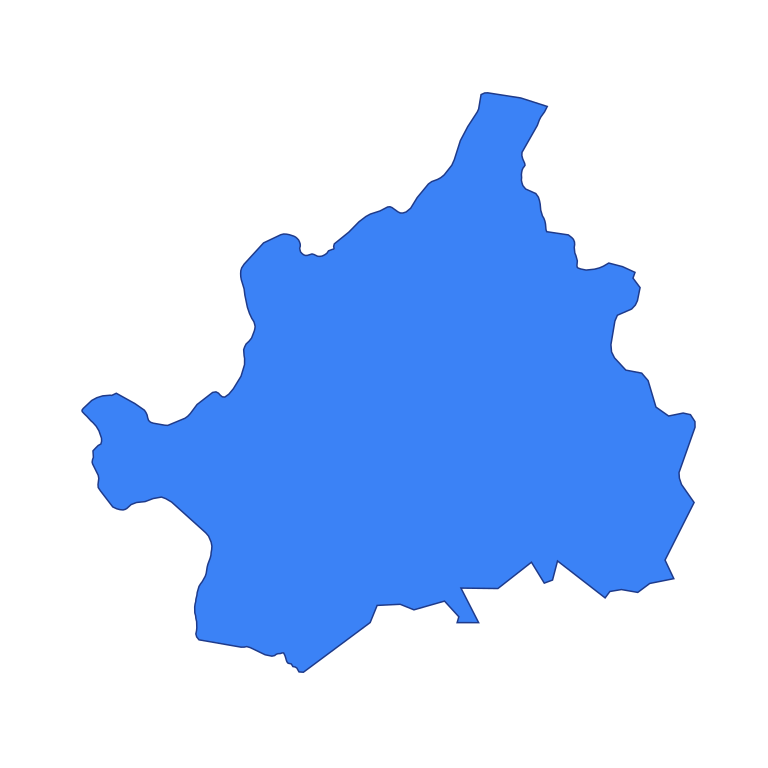 an SVG outline of Albacete, rotated 172°
{"feature_id": "ESP-5802", "entity_name": "Albacete", "entity_type": "Autonomous Community", "adm_level": 1, "iso_a3": "ESP", "parent_name": "Spain", "parent_adm1": "", "projection": "mercator", "projection_center": [-1.774, 38.723], "detail": "fine", "context": "isolated", "style": "filled", "palette": "blue", "viewbox_px": 768, "rotation_deg": 172, "n_neighbors": 0, "source": "natural_earth", "source_scale": "10m", "svg_char_len": 3826}
<svg xmlns="http://www.w3.org/2000/svg" viewBox="0 0 768 768"><g transform="rotate(172 384 384)"><path d="M650.4,412.1L633.3,399.2L624.9,391.4L623.7,388.9L622.9,386.3L622.7,383.4L622.2,380.7L620.5,378.6L617.9,377.3L606.8,373.7L603.9,373.1L585.8,377.8L582.8,379.4L579.8,381.8L572.0,389.7L554.9,399.5L551.5,399.6L549.2,398.0L547.7,395.7L545.9,393.8L543.5,393.2L539.1,395.5L533.9,400.2L524.5,411.6L519.4,422.6L518.5,428.6L518.6,431.5L518.2,437.5L516.8,440.2L515.0,442.8L511.5,445.3L508.7,448.0L505.0,454.7L504.2,456.7L503.6,458.9L503.8,461.2L504.1,463.5L504.7,465.0L505.8,467.4L507.4,472.6L508.6,479.0L509.4,491.3L509.3,497.7L510.8,507.2L510.9,510.2L510.6,513.3L510.0,516.2L508.7,518.9L505.8,522.2L483.6,540.5L465.4,546.2L462.5,546.5L459.5,545.9L456.9,545.0L452.8,543.0L451.1,541.8L449.7,540.2L448.5,538.4L447.9,536.4L447.5,534.3L447.7,532.2L448.6,530.2L448.5,528.2L448.2,526.3L447.1,524.7L445.8,523.3L444.2,522.3L442.2,522.0L437.2,522.8L435.3,522.0L431.9,519.7L429.8,519.3L427.5,519.3L424.7,520.2L422.4,521.4L420.4,523.6L416.5,524.5L415.1,524.6L414.6,525.3L414.7,527.3L413.7,529.7L397.7,539.3L386.1,548.2L378.6,552.4L373.8,554.2L364.0,555.9L355.8,558.8L353.4,558.7L351.5,557.6L346.3,552.6L344.1,551.1L341.5,550.7L338.1,551.3L333.1,554.4L325.2,564.0L312.2,575.9L308.6,577.8L302.6,579.1L299.1,580.4L295.3,582.7L286.4,591.2L283.2,596.3L274.5,614.4L265.2,627.3L253.7,640.5L252.0,643.2L247.6,657.1L243.8,658.2L240.7,657.9L208.7,648.2L183.7,636.1L187.1,631.2L191.5,626.6L193.4,623.9L196.2,618.7L215.1,594.2L215.7,591.1L215.3,587.6L214.0,583.0L213.9,581.0L214.9,579.8L216.2,578.6L217.4,576.7L218.2,574.5L218.8,572.2L219.0,569.2L219.6,566.7L219.4,564.1L218.9,561.2L216.6,557.4L207.1,551.4L205.1,547.5L204.5,543.9L204.3,540.4L204.6,534.3L203.7,528.4L202.6,525.8L202.0,522.9L201.8,519.9L202.1,514.4L201.7,512.2L180.7,506.0L177.6,502.8L176.3,500.9L175.6,498.2L175.8,495.5L176.6,492.8L176.8,487.2L176.1,484.5L175.4,479.0L176.5,474.3L176.4,473.1L176.4,472.6L176.2,472.4L175.6,471.8L173.1,470.5L168.0,468.7L159.6,468.4L154.5,469.0L150.4,470.1L144.6,472.5L131.4,467.0L119.9,459.6L122.7,454.2L117.0,443.8L121.4,431.3L124.1,427.2L128.3,423.8L143.3,419.6L146.6,414.2L153.8,391.4L154.2,384.1L152.1,377.8L142.6,364.1L127.3,358.9L122.0,350.6L117.9,323.3L106.6,312.7L91.8,313.6L84.8,311.0L81.3,303.5L82.0,297.9L104.2,255.2L104.6,249.6L103.4,243.1L93.4,223.5L130.2,170.5L124.1,150.9L148.6,149.5L161.7,142.3L177.5,147.4L189.2,147.1L194.8,141.4L236.8,184.6L244.4,166.4L253.0,164.5L262.8,187.0L299.7,165.6L336.2,171.2L323.5,134.5L344.8,137.5L342.3,143.1L354.3,160.6L385.8,156.2L398.6,163.6L421.6,165.7L430.9,149.7L503.9,109.8L508.2,110.7L508.9,112.4L509.8,114.8L511.3,116.1L513.6,116.9L514.1,118.2L514.9,119.8L517.8,120.8L518.8,122.4L519.2,124.2L519.5,126.6L519.9,128.9L520.8,131.6L522.3,131.9L524.0,131.5L526.7,131.7L528.4,131.3L530.1,130.3L532.9,130.1L539.4,132.4L553.2,141.6L556.5,143.1L559.0,142.9L562.2,143.3L602.8,156.4L604.7,159.6L605.1,162.7L604.0,165.7L603.3,168.6L602.6,174.8L602.9,177.8L602.8,180.8L603.2,183.7L602.5,189.5L601.7,192.4L600.7,194.8L600.2,197.1L598.7,200.8L598.0,203.5L595.4,209.3L593.5,211.6L591.4,213.7L587.7,218.6L586.4,221.3L584.6,227.3L583.4,230.2L580.3,235.9L579.2,238.6L578.6,241.3L577.7,244.0L577.0,247.4L577.2,251.5L578.9,257.8L581.2,261.4L610.8,296.7L616.0,300.8L620.1,303.0L628.5,302.7L636.9,300.8L645.6,301.1L651.2,299.8L655.9,296.6L657.6,295.9L659.9,295.6L662.9,296.3L666.0,297.6L669.7,300.0L679.6,317.5L681.4,321.2L681.2,324.2L679.6,330.2L679.7,333.4L683.7,345.4L683.9,347.3L683.1,349.8L682.0,351.8L681.5,358.3L678.4,360.8L675.6,362.9L672.7,364.0L671.6,366.7L671.3,369.7L672.8,377.3L674.8,382.1L677.6,386.3L679.4,388.4L682.7,393.3L684.7,395.8L686.7,398.7L686.7,400.1L685.3,401.6L675.7,408.4L670.3,410.4L664.2,411.4L656.7,411.0L655.2,410.6L650.4,412.1Z" fill="#3b82f6" stroke="#1e3a8a" stroke-width="1.5"/></g></svg>